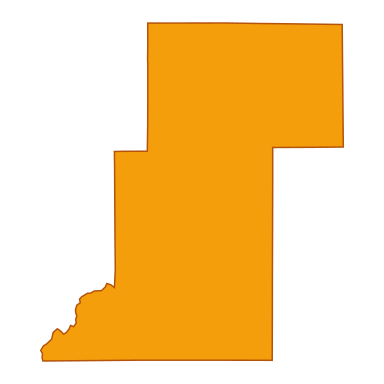 Ministro Andreazza, Rondônia, Brazil (orthographic projection)
{"feature_id": "56859067B65241232430905", "entity_name": "Ministro Andreazza", "entity_type": "district", "adm_level": 2, "iso_a3": "BRA", "parent_name": "Brazil", "parent_adm1": "Rondônia", "projection": "orthographic", "projection_center": [-61.644, -11.16], "detail": "fine", "context": "isolated", "style": "filled", "palette": "amber", "viewbox_px": 384, "rotation_deg": 0, "n_neighbors": 0, "source": "geoboundaries", "source_scale": "gbopen_adm2", "svg_char_len": 839}
<svg xmlns="http://www.w3.org/2000/svg" viewBox="0 0 384 384"><path d="M342.2,24.5L288.9,23.8L260.1,23.5L225.7,23.0L147.7,23.1L147.8,45.1L147.6,59.3L147.8,63.9L147.8,99.9L147.7,125.8L147.6,131.3L147.3,151.2L122.8,151.3L114.4,151.5L114.6,167.9L115.0,238.3L115.3,269.8L114.4,287.5L110.6,284.7L106.8,283.5L105.3,287.0L101.4,290.7L94.3,291.0L90.5,293.2L87.6,293.2L81.9,296.6L79.5,299.2L80.3,302.6L76.7,305.4L75.5,309.9L75.8,312.8L76.8,316.1L75.7,319.3L76.2,323.1L73.6,326.7L70.6,325.4L69.2,328.9L66.4,332.4L63.7,334.2L60.1,330.6L57.3,328.8L53.2,332.4L51.7,339.0L46.8,343.8L43.4,346.0L40.7,350.5L42.5,353.6L42.1,357.5L42.9,361.0L136.6,360.2L153.2,360.2L187.6,360.2L204.6,360.2L222.2,360.2L272.2,360.3L272.3,328.9L272.4,277.9L272.7,185.1L272.7,147.5L313.4,147.3L343.3,147.0L342.2,24.5Z" fill="#f59e0b" stroke="#b45309" stroke-width="1.5"/></svg>